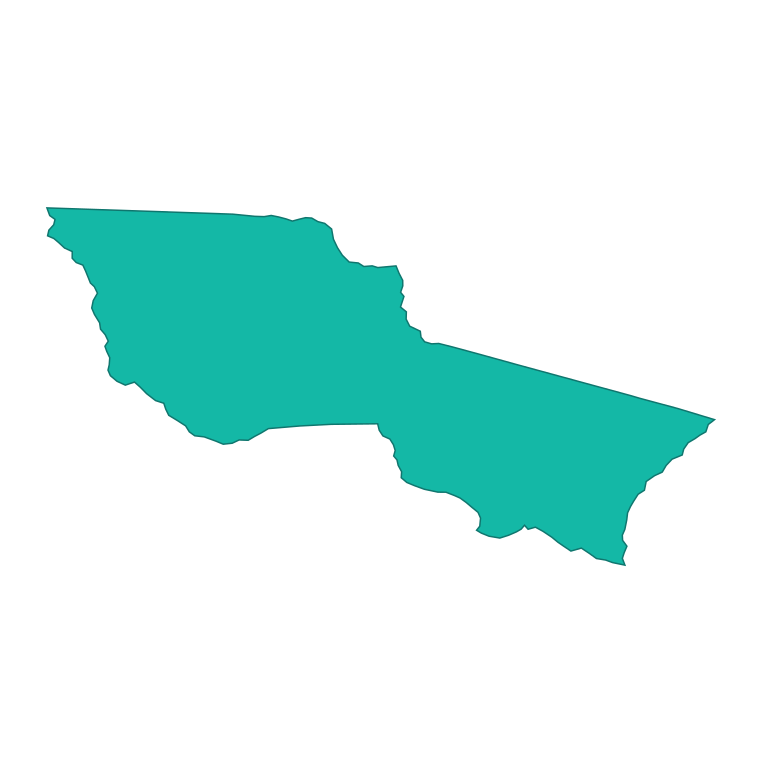 Álvares Machado, São Paulo, Brazil (Robinson projection), rotated 87°
{"feature_id": "56859067B93590502051313", "entity_name": "Álvares Machado", "entity_type": "district", "adm_level": 2, "iso_a3": "BRA", "parent_name": "Brazil", "parent_adm1": "São Paulo", "projection": "robinson", "projection_center": [-51.501, -22.119], "detail": "fine", "context": "isolated", "style": "filled", "palette": "teal", "viewbox_px": 768, "rotation_deg": 87, "n_neighbors": 0, "source": "geoboundaries", "source_scale": "gbopen_adm2", "svg_char_len": 2224}
<svg xmlns="http://www.w3.org/2000/svg" viewBox="0 0 768 768"><g transform="rotate(87 384 384)"><path d="M448.6,65.1L441.4,62.3L436.9,55.8L423.9,91.8L411.6,129.5L408.6,138.0L397.9,170.5L371.3,251.2L359.6,286.2L350.7,313.3L346.4,327.2L346.4,334.4L344.0,341.2L339.2,344.6L333.2,345.0L327.6,355.3L320.4,358.5L313.1,357.9L308.0,363.5L297.6,359.5L293.3,362.6L287.0,360.1L281.5,359.9L274.2,363.2L266.7,365.8L267.4,384.1L265.4,389.6L265.6,398.0L261.8,403.3L260.4,412.4L253.2,418.9L245.5,423.3L236.8,426.9L226.5,428.2L220.5,434.8L218.4,441.5L214.5,447.5L213.8,453.6L214.9,459.5L216.5,467.0L214.0,473.2L211.7,480.4L209.8,487.8L210.6,494.9L209.8,504.2L208.0,516.1L206.5,526.0L190.5,711.4L198.3,709.0L202.4,703.9L207.7,705.5L212.8,710.6L218.4,712.2L221.4,706.1L225.7,701.5L231.5,695.9L235.4,688.4L242.1,688.8L246.6,685.0L249.5,678.5L255.5,676.1L262.2,673.8L267.8,671.9L271.6,668.2L278.3,665.4L285.5,670.0L292.8,671.9L299.4,669.5L308.0,664.8L314.4,664.2L320.2,659.8L326.8,657.1L331.7,660.7L336.8,659.2L343.4,656.5L350.5,657.4L355.7,658.9L361.4,656.8L367.3,650.5L371.6,642.4L369.0,633.1L374.5,627.5L381.2,621.6L388.6,613.0L391.7,604.9L397.6,603.3L404.0,600.6L409.3,592.8L415.4,584.3L421.6,580.9L425.8,575.7L427.4,566.3L432.3,554.8L435.7,547.7L435.2,538.7L432.3,531.6L433.1,522.6L429.6,516.0L426.6,509.5L422.5,501.8L421.5,470.1L421.5,456.2L421.5,448.7L421.5,438.6L423.4,392.4L429.9,391.2L435.8,387.8L439.3,381.0L445.1,377.8L451.0,376.3L456.4,378.1L460.5,375.0L466.0,374.1L472.5,371.0L478.5,371.7L483.5,366.4L487.1,358.9L491.2,349.3L493.1,342.2L494.8,335.9L495.3,327.8L499.1,319.4L501.8,314.1L506.3,308.5L512.0,302.4L517.1,296.8L523.0,294.6L531.0,295.8L534.9,299.2L538.0,294.6L541.5,287.1L543.9,276.4L541.6,267.6L538.6,259.5L536.1,254.6L532.4,251.1L536.6,247.7L534.9,240.3L539.4,233.0L545.8,224.4L551.2,218.5L555.5,212.9L560.6,206.1L558.2,195.5L563.7,188.1L569.4,181.0L571.4,171.9L574.3,165.1L577.5,152.9L570.6,155.1L565.1,153.0L558.7,149.9L552.6,153.9L547.4,153.9L541.8,151.1L532.4,148.7L525.4,147.5L519.2,144.2L514.2,140.9L507.4,136.0L503.7,129.5L495.1,127.3L489.7,118.6L486.5,110.7L480.1,106.5L474.1,100.2L470.5,89.9L464.7,88.1L458.5,83.3L454.8,76.2L451.6,71.2L448.6,65.1Z" fill="#14b8a6" stroke="#0f766e" stroke-width="1.5"/></g></svg>